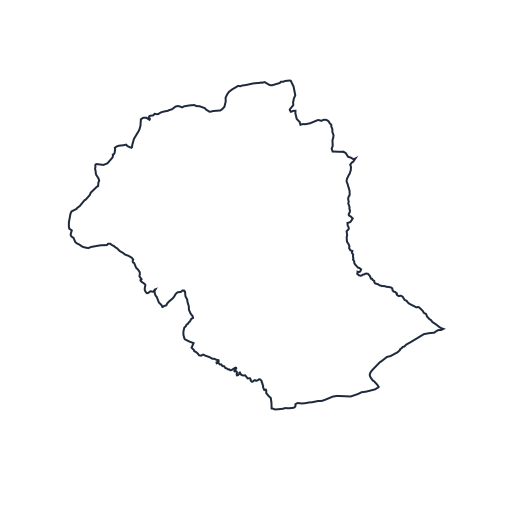 outline of Pulí, Cundinamarca, Colombia, rotated 54°
{"feature_id": "7082276B22739644455083", "entity_name": "Pulí", "entity_type": "district", "adm_level": 2, "iso_a3": "COL", "parent_name": "Colombia", "parent_adm1": "Cundinamarca", "projection": "albers", "projection_center": [-74.663, 4.689], "detail": "fine", "context": "isolated", "style": "outline", "palette": "slate", "viewbox_px": 512, "rotation_deg": 54, "n_neighbors": 0, "source": "geoboundaries", "source_scale": "gbopen_adm2", "svg_char_len": 6096}
<svg xmlns="http://www.w3.org/2000/svg" viewBox="0 0 512 512"><g transform="rotate(54 256 256)"><path d="M388.5,333.0L389.3,332.1L390.9,331.2L392.1,329.7L395.7,323.5L395.9,322.2L398.5,318.9L400.6,315.4L401.1,313.8L400.8,312.5L399.1,311.2L399.2,309.5L399.7,308.4L402.2,305.7L404.0,302.7L405.8,298.9L407.1,297.0L409.8,291.0L411.9,288.0L412.8,285.1L414.9,276.5L416.8,272.7L425.3,262.0L427.6,254.6L428.3,250.6L430.4,246.8L433.9,238.0L434.2,234.0L433.8,233.6L430.9,233.6L426.8,234.1L425.4,234.7L422.0,234.7L420.2,234.4L418.9,233.8L417.5,231.9L416.5,228.4L414.7,217.9L414.9,216.6L414.6,209.4L416.0,206.1L417.1,197.9L416.7,194.8L416.1,194.1L416.2,192.2L415.8,190.9L416.4,189.3L416.0,186.4L416.6,181.5L417.9,166.1L420.4,160.9L422.9,156.7L422.7,155.1L423.1,152.0L424.6,149.9L425.1,147.3L423.2,148.6L421.3,149.4L416.8,150.7L413.2,152.1L410.7,152.1L409.2,152.8L405.5,153.2L402.9,152.5L400.7,153.6L398.1,153.4L393.6,154.2L392.4,154.9L392.1,156.0L391.7,156.5L384.6,160.1L382.7,160.5L380.9,160.5L378.8,161.6L375.5,161.3L374.1,161.7L373.0,162.5L372.5,163.9L370.7,164.8L369.3,164.6L369.2,164.1L368.8,164.0L366.6,164.7L365.7,165.6L364.0,165.7L362.4,164.8L361.1,165.1L359.4,166.5L357.5,168.6L355.7,169.9L354.3,171.9L353.4,172.3L352.5,173.2L350.5,173.9L348.1,175.8L346.9,175.7L345.7,175.0L343.9,175.7L342.6,175.5L341.9,176.3L339.0,175.6L336.2,175.9L335.1,177.0L334.5,178.2L334.5,179.3L333.9,180.4L333.9,182.0L333.6,182.8L332.3,184.0L330.0,184.6L329.6,184.4L329.0,183.2L328.5,183.0L329.4,182.2L329.8,181.3L329.5,180.2L328.6,178.8L326.4,179.4L325.5,180.3L321.2,180.8L319.4,180.6L317.9,179.6L315.9,179.6L315.1,178.6L313.2,177.7L312.0,176.6L309.7,176.5L308.6,175.1L306.9,176.3L304.3,176.0L303.0,174.7L300.4,174.1L297.9,174.0L293.9,171.5L293.0,170.2L289.2,168.1L288.9,165.8L288.3,164.7L287.1,164.2L285.4,164.0L283.0,162.6L283.8,160.5L283.9,159.4L282.5,155.7L279.5,156.2L278.1,156.9L277.1,156.8L276.3,155.8L275.9,154.7L274.5,153.3L272.2,152.4L271.5,151.6L267.6,150.4L266.6,149.1L263.9,147.9L262.2,145.9L262.2,145.2L261.5,144.2L258.3,142.0L251.6,139.6L249.2,139.0L248.2,138.3L247.0,137.0L245.0,133.3L244.6,132.1L242.4,129.0L239.8,126.8L237.5,126.1L236.7,123.3L236.9,122.1L235.5,118.3L235.3,119.5L234.7,120.4L232.1,121.5L229.9,123.2L225.6,122.9L223.3,123.8L223.2,124.3L222.5,124.5L222.0,125.6L216.5,132.6L213.6,131.7L212.1,129.3L207.3,126.1L205.9,124.2L203.9,122.3L200.6,121.3L198.1,119.6L195.6,119.0L194.2,118.0L191.6,118.3L189.9,118.1L188.4,118.5L187.0,119.3L185.9,120.7L185.4,121.8L185.0,123.8L183.4,124.9L182.4,126.0L180.4,134.3L178.3,138.8L177.4,139.7L176.3,141.7L176.0,142.9L173.2,141.9L169.0,142.5L163.6,140.2L161.7,138.7L160.5,140.5L159.9,143.0L157.8,142.9L157.3,142.5L156.9,141.3L155.9,137.2L153.2,135.5L152.3,134.2L151.2,133.3L149.0,129.7L140.9,126.0L134.7,124.9L133.9,125.5L131.6,129.4L131.0,131.6L129.7,133.4L130.0,135.1L127.3,142.7L125.7,144.5L120.4,146.8L119.4,149.3L118.6,149.9L118.3,150.9L114.8,156.7L111.7,163.8L109.9,167.1L109.4,169.0L107.9,170.4L107.2,177.3L107.3,181.5L108.3,184.3L110.0,187.5L113.2,189.7L116.7,193.8L117.3,196.9L117.3,199.3L113.5,205.5L112.8,207.4L112.0,208.8L108.3,210.3L106.3,210.5L101.7,213.6L99.6,216.2L97.7,217.1L95.4,220.7L92.7,226.1L92.3,228.4L89.8,230.0L88.5,231.5L87.8,233.3L87.9,237.9L86.9,240.5L86.8,241.8L84.9,245.8L83.9,248.7L83.7,251.8L82.8,253.1L81.3,254.5L81.7,255.6L81.8,256.6L80.3,259.3L80.2,260.2L80.9,261.4L82.4,261.1L82.9,261.4L83.2,262.1L79.5,263.6L77.8,266.2L77.8,268.8L82.8,273.0L85.0,275.8L85.9,277.4L89.5,285.9L93.3,290.7L95.1,292.4L95.2,293.2L93.9,294.1L91.5,295.4L89.6,295.6L88.5,298.1L86.3,301.9L85.5,304.3L85.5,306.6L87.2,307.5L89.8,310.2L90.1,311.4L89.8,312.2L90.9,312.8L92.0,314.3L93.7,321.7L92.7,325.8L87.8,331.1L87.7,332.0L88.0,332.6L89.4,333.4L90.8,334.9L93.7,336.2L94.8,337.0L96.5,337.6L100.6,337.8L102.9,338.6L104.0,340.4L106.7,342.7L106.4,343.8L107.6,352.4L109.0,354.7L110.3,360.6L110.1,362.0L112.0,369.2L112.0,372.2L112.4,373.6L111.5,379.1L112.8,381.3L118.7,387.5L121.6,389.7L124.1,391.0L127.0,390.0L129.6,393.3L130.8,393.8L131.9,393.8L134.1,393.0L138.4,394.0L140.5,393.5L142.7,392.3L146.2,391.1L148.3,389.6L151.0,387.1L151.8,384.0L154.8,377.8L156.2,375.1L159.2,370.7L159.5,369.5L159.1,368.6L160.3,366.8L163.3,365.8L164.5,365.0L166.0,364.8L168.0,363.9L171.9,363.3L175.5,361.7L177.9,361.1L180.8,359.1L184.2,357.6L186.6,357.4L187.5,358.7L188.8,359.3L190.2,358.7L195.0,359.9L197.3,359.5L200.4,359.5L201.7,360.1L204.1,362.3L207.4,362.2L207.7,362.4L207.5,363.5L208.0,363.9L209.6,363.8L211.8,362.9L214.0,362.4L214.9,362.9L215.8,364.1L217.7,365.8L220.1,366.4L222.0,366.1L222.3,365.6L222.5,365.0L222.5,362.1L224.5,360.2L224.4,359.3L223.7,357.7L223.9,356.9L224.7,358.8L227.7,360.2L229.1,360.5L231.0,360.4L236.5,361.9L240.1,361.3L242.2,361.7L242.4,361.4L242.4,359.8L243.2,357.6L242.2,355.7L241.7,353.3L241.4,348.8L240.9,346.5L239.5,343.2L239.3,341.8L239.4,340.5L240.9,337.9L240.7,335.6L241.9,334.4L242.4,334.7L243.0,334.4L244.2,335.0L247.0,336.7L250.8,337.3L252.8,338.4L257.3,340.0L260.1,341.9L264.4,342.8L267.2,342.6L268.9,343.2L269.2,343.5L268.8,345.2L270.1,347.9L270.1,349.1L270.8,351.0L270.7,352.5L271.6,354.2L271.8,356.1L274.5,359.2L277.2,361.1L280.9,362.5L281.8,362.4L286.2,360.1L289.8,357.7L292.3,362.0L295.5,361.5L296.7,361.9L298.6,360.9L301.0,360.4L302.8,360.5L304.4,359.0L304.5,357.3L304.9,356.5L306.2,356.0L310.7,352.9L313.4,351.8L314.6,350.2L317.1,348.8L318.2,347.6L319.1,348.0L318.9,350.5L319.7,350.8L320.3,349.2L322.5,349.0L323.4,347.8L325.4,347.8L326.4,346.6L328.7,346.6L329.7,345.8L331.6,345.1L332.1,344.2L333.2,344.0L333.9,343.0L334.1,339.4L334.3,338.2L334.8,337.8L335.3,338.0L336.3,341.1L336.8,341.1L337.7,339.7L338.1,339.6L338.9,339.8L340.4,341.2L341.3,341.6L341.8,340.7L341.6,339.0L340.6,338.0L340.7,337.5L343.2,337.8L343.9,337.6L345.3,336.4L346.2,334.9L350.1,334.7L351.3,332.8L352.9,332.9L353.7,333.5L355.1,333.4L355.7,332.6L355.6,330.2L356.1,329.6L357.0,329.3L357.5,328.1L357.6,325.9L358.4,325.1L360.6,324.9L361.6,325.6L362.7,325.6L363.3,326.1L365.2,326.5L366.0,327.3L369.1,328.1L369.4,328.0L369.8,326.6L370.7,326.7L372.9,328.3L376.7,328.1L379.5,327.5L383.7,329.7L388.5,333.0Z" fill="none" stroke="#1e293b" stroke-width="2"/></g></svg>